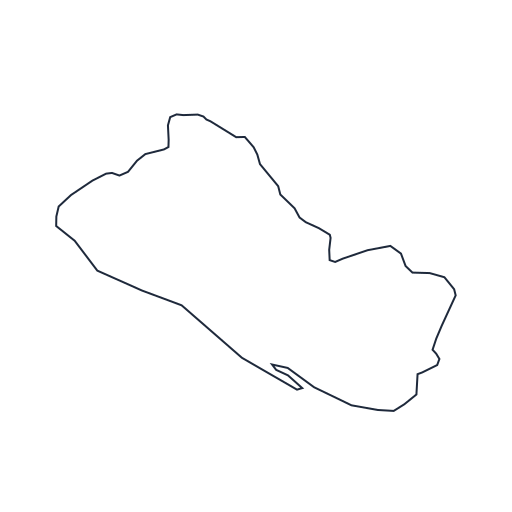 an SVG outline of El Salvador, rotated 12°
{"feature_id": "SLV", "entity_name": "El Salvador", "entity_type": "country or territory", "adm_level": 0, "iso_a3": "SLV", "parent_name": "North America", "parent_adm1": "", "projection": "natural_earth1", "projection_center": [-88.816, 13.798], "detail": "fine", "context": "isolated", "style": "outline", "palette": "slate", "viewbox_px": 512, "rotation_deg": 12, "n_neighbors": 0, "source": "natural_earth", "source_scale": "50m", "svg_char_len": 1045}
<svg xmlns="http://www.w3.org/2000/svg" viewBox="0 0 512 512"><g transform="rotate(12 256 256)"><path d="M179.1,132.8L183.4,133.7L211.9,143.9L220.3,141.9L231.1,150.1L236.2,156.5L240.8,165.3L263.2,183.1L267.0,190.8L283.8,201.3L290.6,209.3L297.7,212.6L311.7,215.7L323.8,219.9L325.2,222.8L326.3,234.7L328.9,244.7L334.6,245.4L341.5,240.5L364.0,227.1L385.3,218.2L397.3,223.5L404.4,234.7L412.5,239.7L429.4,236.6L444.7,237.6L456.7,247.3L459.5,253.0L452.2,285.4L449.5,299.3L448.2,311.0L452.6,314.1L456.8,318.6L455.9,325.0L442.7,335.4L438.6,338.0L441.7,358.1L431.9,370.2L422.9,378.9L407.1,381.3L380.4,382.2L340.1,372.3L310.3,358.9L294.3,358.8L299.4,363.2L312.1,366.1L328.7,375.6L323.9,378.2L263.4,358.5L193.5,319.7L151.7,313.5L103.8,303.3L75.5,278.8L54.3,268.2L52.5,258.9L52.7,248.6L62.4,234.8L80.4,216.2L92.3,206.6L97.9,204.7L105.7,205.7L113.3,200.3L119.8,187.5L126.6,179.3L143.8,170.9L147.7,167.6L146.4,160.5L142.7,146.5L143.2,138.0L148.9,134.0L155.6,133.3L169.6,129.8L175.6,130.5L179.1,132.8Z" fill="none" stroke="#1e293b" stroke-width="2"/></g></svg>